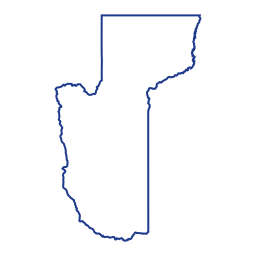 outline of Mohave, Arizona, United States of America
{"feature_id": "52423323B36780146179485", "entity_name": "Mohave", "entity_type": "district", "adm_level": 2, "iso_a3": "USA", "parent_name": "United States of America", "parent_adm1": "Arizona", "projection": "natural_earth1", "projection_center": [-113.558, 35.605], "detail": "fine", "context": "isolated", "style": "outline", "palette": "blue", "viewbox_px": 256, "rotation_deg": 0, "n_neighbors": 0, "source": "geoboundaries", "source_scale": "gbopen_adm2", "svg_char_len": 5491}
<svg xmlns="http://www.w3.org/2000/svg" viewBox="0 0 256 256"><path d="M101.7,15.4L101.6,43.1L101.7,55.7L101.9,60.3L101.7,72.7L101.8,80.4L100.9,80.8L100.4,81.5L98.3,86.3L97.6,86.4L96.8,87.1L96.8,87.6L97.2,87.9L97.4,88.4L95.9,91.3L95.8,92.7L95.2,93.8L94.8,94.1L94.0,93.8L93.3,93.8L92.3,94.4L90.9,94.8L89.3,94.9L88.4,94.4L87.5,93.7L86.6,92.3L84.3,91.3L84.4,90.7L84.9,90.0L84.7,89.4L83.4,87.6L82.9,87.4L81.2,85.6L80.6,84.5L78.4,84.2L77.7,84.3L77.0,85.1L75.8,85.9L75.3,85.5L75.0,84.9L74.7,84.8L74.2,84.9L73.1,85.6L72.1,85.7L71.9,85.5L72.0,84.3L71.5,83.9L67.6,83.8L66.0,84.6L64.7,85.6L64.4,85.4L64.0,84.7L63.7,84.6L61.9,86.1L61.4,86.6L58.6,87.4L56.9,87.7L56.2,88.2L55.6,89.0L55.7,89.7L56.4,90.4L56.9,91.4L56.9,91.7L56.6,92.1L56.6,92.8L56.7,93.0L57.0,93.2L57.3,93.5L57.3,93.8L57.2,94.3L56.4,95.3L56.4,97.3L56.6,98.0L57.3,99.1L57.4,99.6L57.2,100.6L58.7,101.9L58.6,103.2L59.2,104.0L61.3,106.2L61.2,107.0L60.4,107.1L59.3,107.8L59.2,108.7L59.5,109.7L58.9,111.0L58.5,111.4L58.4,111.7L59.2,113.0L59.1,114.7L59.4,115.8L59.3,117.6L58.8,119.6L59.1,120.2L60.2,121.1L60.4,121.5L60.3,122.1L59.8,123.1L59.8,124.2L60.6,125.0L61.8,126.8L62.2,127.5L62.1,128.6L61.3,130.2L61.5,131.3L61.6,132.8L61.9,133.7L61.5,134.5L60.8,135.0L60.6,135.3L60.4,136.4L60.5,137.3L61.3,139.1L61.4,140.5L61.5,140.9L62.2,142.2L63.8,143.7L65.3,148.3L65.8,150.5L65.7,152.8L66.4,155.6L66.8,159.9L67.2,160.2L67.4,160.6L67.5,162.0L67.5,163.6L67.3,165.6L66.9,166.4L66.3,166.8L65.6,167.0L64.2,167.0L63.6,167.3L62.5,168.6L62.7,169.0L64.0,169.6L64.6,170.1L65.2,170.8L65.3,171.3L65.1,172.1L63.7,173.2L63.1,174.5L63.1,176.1L63.5,177.2L63.6,177.9L63.2,179.6L63.5,181.8L63.3,182.9L63.4,184.3L63.1,186.0L63.2,186.9L63.4,187.6L64.2,188.4L65.4,189.1L66.3,190.1L67.0,191.7L67.3,193.4L68.5,195.6L70.0,196.9L70.9,198.1L72.2,198.8L72.8,199.5L73.9,200.1L74.2,201.8L74.8,202.8L75.1,203.7L75.1,204.7L75.8,205.7L75.8,206.7L75.9,207.4L76.9,208.3L76.9,208.9L76.5,209.4L76.5,209.8L77.0,210.7L78.1,211.6L79.7,214.8L79.9,216.6L79.6,217.6L79.7,219.1L79.3,220.4L79.3,220.6L80.0,221.4L80.8,221.4L82.2,221.1L82.7,221.2L83.3,222.3L84.2,222.6L85.3,223.6L85.7,224.8L86.3,225.0L87.3,225.2L88.1,226.1L89.3,227.2L89.8,228.0L90.6,228.3L91.6,228.4L93.1,229.4L93.6,230.2L94.3,231.9L95.6,233.1L95.8,233.0L97.1,233.7L98.0,233.5L99.0,233.5L99.5,234.0L99.8,234.0L100.3,234.3L100.9,235.1L101.2,235.2L101.6,235.8L102.3,236.6L102.7,236.5L103.1,235.9L103.3,236.1L103.9,236.9L104.4,237.1L106.7,236.8L107.9,236.8L109.4,237.5L111.0,237.5L112.8,237.0L113.9,237.1L114.3,237.2L115.1,239.2L115.3,239.5L115.6,239.5L116.4,239.2L116.6,238.6L116.9,238.8L117.7,238.5L118.3,238.6L119.2,239.1L120.5,238.5L121.8,238.2L122.5,238.7L122.8,239.6L123.3,239.7L123.4,240.0L123.7,240.2L124.1,240.6L125.6,240.6L125.9,240.4L126.4,240.4L126.7,240.5L127.0,240.0L127.6,239.7L127.9,239.7L127.9,239.4L128.1,239.2L128.4,239.6L129.1,239.1L129.8,239.2L130.2,238.9L130.6,239.0L131.7,237.9L132.0,236.7L132.8,235.9L132.9,235.4L134.0,234.3L134.8,232.9L135.4,232.5L136.0,232.6L136.7,233.0L137.4,233.1L138.8,233.0L140.6,233.4L141.9,233.3L142.6,233.4L143.2,233.8L144.5,233.5L146.5,233.8L147.5,232.7L147.7,232.2L148.3,231.9L148.2,112.0L148.4,110.9L148.3,110.6L148.7,109.8L148.7,109.2L149.0,108.3L149.7,107.2L149.6,106.6L149.8,105.5L149.4,104.5L149.0,104.3L148.6,103.5L148.2,103.1L148.2,102.6L148.5,102.2L148.8,101.1L148.6,100.2L149.3,99.2L149.2,98.7L149.3,98.6L149.0,98.0L148.1,97.7L147.8,97.3L147.7,96.8L147.8,96.1L147.1,94.4L147.1,93.4L147.1,92.0L147.3,91.6L148.3,90.7L148.7,89.7L148.9,88.7L149.8,88.0L150.6,88.3L151.8,88.2L153.1,88.9L154.1,88.6L154.8,88.8L155.4,88.6L155.8,87.6L156.1,87.2L156.6,86.8L156.8,86.3L156.6,85.3L156.9,83.9L158.4,83.1L159.7,82.0L160.5,82.1L161.0,82.6L161.7,82.3L162.4,81.4L163.0,81.0L165.2,79.7L166.5,79.2L167.6,77.7L168.7,77.0L169.5,76.8L171.1,77.4L173.9,76.6L174.3,76.4L174.8,75.3L175.4,75.2L176.1,75.5L176.6,75.5L177.5,74.7L178.0,73.6L178.6,73.3L180.3,73.7L181.2,72.9L182.3,72.8L183.2,73.2L183.6,72.6L183.6,72.1L183.8,71.8L184.8,71.6L185.3,71.2L185.6,70.2L186.1,69.8L187.4,70.4L188.1,69.9L187.7,68.7L188.2,68.0L189.3,67.5L190.0,67.4L190.3,68.0L190.8,68.5L191.9,67.7L192.5,66.8L192.7,66.1L193.7,64.5L193.9,64.5L193.9,63.8L194.3,63.0L194.2,62.8L194.3,62.7L193.9,61.9L194.0,61.7L193.4,61.6L193.3,61.2L192.9,60.6L193.0,60.5L193.5,60.4L193.1,60.1L193.0,59.9L193.2,59.4L193.0,59.1L193.6,58.7L193.8,58.7L194.0,58.6L193.9,58.1L194.3,57.9L194.2,57.3L194.5,57.0L194.0,56.8L193.5,56.9L193.4,56.7L193.5,56.5L193.5,56.2L192.9,56.0L193.2,55.7L192.8,55.5L193.0,55.2L192.9,55.0L192.5,54.9L192.3,54.6L192.5,54.3L192.3,54.0L192.3,53.4L192.0,53.3L192.2,52.7L192.1,52.3L192.4,52.2L192.6,51.7L192.3,51.5L192.3,51.3L192.7,50.9L192.7,50.6L193.1,50.4L193.0,50.0L193.6,50.1L193.8,50.0L193.6,49.6L194.0,49.6L194.0,49.1L194.0,48.6L194.3,48.4L194.2,48.2L194.5,48.0L194.4,47.8L194.6,47.4L194.5,47.0L194.6,46.7L194.3,46.3L194.3,45.5L194.1,45.2L194.0,44.1L194.1,43.7L193.9,43.6L194.0,43.3L193.7,42.8L193.6,41.9L193.4,41.7L193.5,41.4L193.6,40.8L193.9,40.3L193.9,39.4L194.3,38.8L194.0,38.4L194.3,38.0L194.6,37.9L194.4,37.6L194.5,37.3L194.8,37.3L194.4,36.6L194.6,36.5L194.8,36.7L195.0,36.6L194.7,36.2L195.0,36.0L194.8,35.3L195.0,35.4L195.1,35.1L194.9,35.0L194.5,34.1L195.0,33.5L194.7,33.4L194.6,32.9L194.9,32.5L195.0,31.9L194.9,31.8L194.9,31.7L195.2,31.6L195.3,31.4L195.5,31.6L195.5,30.9L195.9,30.9L195.7,30.2L195.8,29.6L196.0,29.4L195.8,29.0L196.2,28.9L196.8,27.7L196.6,26.9L197.5,25.7L197.6,24.1L199.3,22.2L199.4,20.4L200.4,19.2L200.3,18.1L199.4,16.8L199.8,15.4L101.7,15.4Z" fill="none" stroke="#1e3a8a" stroke-width="2"/></svg>